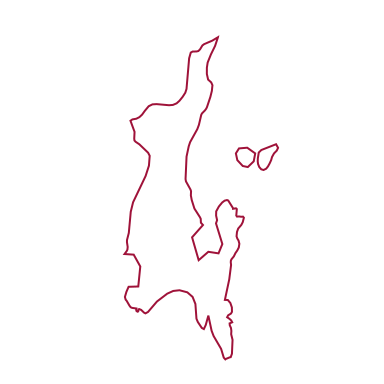 map outline of Leyte (Equal Earth projection), rotated 192°
{"feature_id": "PHL-2583", "entity_name": "Leyte", "entity_type": "Province", "adm_level": 1, "iso_a3": "PHL", "parent_name": "Philippines", "parent_adm1": "", "projection": "equal_earth", "projection_center": [124.655, 10.871], "detail": "fine", "context": "isolated", "style": "outline", "palette": "rose", "viewbox_px": 384, "rotation_deg": 192, "n_neighbors": 0, "source": "natural_earth", "source_scale": "10m", "svg_char_len": 2592}
<svg xmlns="http://www.w3.org/2000/svg" viewBox="0 0 384 384"><g transform="rotate(192 192 192)"><path d="M162.0,166.3L161.6,169.7L163.5,173.9L164.3,178.1L162.7,183.4L160.3,188.0L158.3,190.3L156.1,191.4L154.8,191.2L148.6,184.8L148.4,184.1L145.6,185.2L144.6,184.6L143.8,178.2L142.9,177.3L140.8,177.9L138.8,178.0L137.0,178.5L135.9,177.6L136.1,173.0L136.9,170.1L139.2,165.9L139.7,162.3L139.2,157.9L138.0,155.9L136.4,154.2L134.9,151.2L134.7,147.4L135.6,144.1L136.8,141.3L137.7,137.7L139.3,134.6L139.7,133.1L139.5,131.4L138.6,128.7L137.4,114.3L137.4,93.3L134.5,93.8L131.4,91.4L129.0,87.4L128.0,83.1L128.6,81.2L131.0,78.9L131.6,76.8L128.9,75.7L126.9,74.5L125.6,72.9L127.9,71.3L127.3,69.4L125.6,67.1L124.6,64.3L124.1,61.0L121.6,55.8L119.3,42.1L119.8,38.5L120.6,38.2L124.1,35.8L124.6,35.2L126.5,36.6L130.9,44.6L140.9,55.6L144.0,60.4L150.3,74.5L150.9,64.8L151.9,60.4L154.2,61.1L159.3,66.1L161.3,69.0L165.4,83.2L169.6,89.5L175.7,92.9L183.8,93.3L189.8,91.3L195.1,87.4L203.5,77.6L210.1,65.5L212.3,63.6L213.8,64.0L217.2,66.1L219.3,66.5L219.9,66.1L219.8,64.0L220.4,63.6L221.5,64.0L222.1,65.1L222.2,66.1L222.2,66.5L226.5,66.2L228.0,66.5L229.6,67.9L233.3,72.0L234.5,72.9L235.8,75.4L235.4,80.7L234.3,86.1L224.9,88.4L227.1,108.4L236.0,118.6L245.1,117.3L243.5,120.9L243.2,122.3L243.5,124.9L245.2,129.4L245.6,131.5L245.3,138.8L247.8,160.0L247.5,169.7L240.7,198.0L239.6,208.8L240.9,218.6L243.1,221.3L253.4,227.7L257.6,229.4L259.0,230.4L259.6,232.2L260.7,238.9L267.0,248.9L265.4,250.6L261.7,252.1L259.0,254.3L256.9,257.3L255.0,261.6L252.2,266.9L248.9,269.5L244.9,270.6L232.5,272.1L228.8,273.2L225.5,275.5L223.3,278.5L221.0,283.0L219.2,287.7L218.8,291.7L222.6,322.2L222.2,328.1L220.6,329.5L216.8,330.4L215.1,331.2L213.8,333.2L212.3,337.5L210.8,339.2L203.6,344.3L198.8,348.8L198.8,348.7L199.8,339.7L202.1,330.5L203.6,321.9L203.3,316.7L202.0,310.5L199.6,305.3L196.0,303.2L194.2,300.7L193.6,295.0L193.8,288.8L195.0,278.2L195.4,276.5L196.3,274.5L198.6,270.9L199.0,269.4L199.2,259.1L199.9,254.5L204.2,240.4L204.7,236.0L204.7,225.5L201.0,203.3L200.1,201.1L194.0,194.1L193.1,192.6L192.4,188.4L190.6,184.1L186.2,176.3L179.1,169.1L177.9,167.6L176.9,163.8L174.4,162.0L182.5,147.7L171.3,126.7L163.6,136.9L153.3,137.5L151.5,147.4L162.0,166.3ZM133.2,233.1L134.1,235.7L134.6,238.6L134.9,244.5L132.9,247.5L119.7,256.2L117.0,253.1L117.7,250.1L119.8,246.8L121.0,242.9L121.2,239.7L122.0,236.1L123.0,232.8L124.3,230.2L126.6,228.4L129.0,228.6L131.4,230.4L133.2,233.1ZM147.8,228.0L154.3,232.6L157.1,238.9L155.1,244.4L147.2,246.8L138.2,242.9L138.0,234.8L142.6,228.0L147.8,228.0Z" fill="none" stroke="#9f1239" stroke-width="2"/></g></svg>